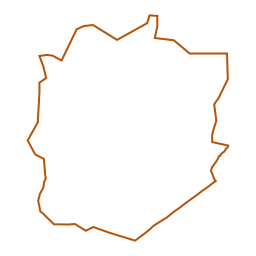 Gagarawa, Jigawa, Nigeria
{"feature_id": "59680162B30447030328077", "entity_name": "Gagarawa", "entity_type": "district", "adm_level": 2, "iso_a3": "NGA", "parent_name": "Nigeria", "parent_adm1": "Jigawa", "projection": "equal_earth", "projection_center": [9.565, 12.485], "detail": "fine", "context": "isolated", "style": "outline", "palette": "amber", "viewbox_px": 256, "rotation_deg": 0, "n_neighbors": 0, "source": "geoboundaries", "source_scale": "gbopen_adm2", "svg_char_len": 1457}
<svg xmlns="http://www.w3.org/2000/svg" viewBox="0 0 256 256"><path d="M39.4,56.0L43.2,66.0L46.2,78.0L39.4,82.7L39.5,91.3L37.8,122.3L27.7,140.4L35.2,154.5L43.9,158.8L45.1,174.2L45.8,178.4L44.1,182.1L43.4,187.4L39.9,194.0L38.2,200.7L40.4,211.5L42.0,212.6L54.0,224.3L68.4,224.5L74.9,224.0L85.7,230.7L93.6,227.0L97.2,228.4L108.4,232.4L116.3,234.9L120.7,236.2L135.1,240.6L141.6,235.8L148.9,230.1L153.8,225.6L160.1,221.6L166.6,217.6L170.7,214.3L172.6,212.8L175.0,210.9L179.8,207.7L182.5,205.5L185.9,203.0L190.7,199.4L194.9,196.4L197.9,194.3L203.1,190.1L204.6,189.3L206.4,187.9L208.0,186.8L209.6,185.6L211.1,184.4L212.5,183.4L215.3,181.3L215.7,181.1L214.2,179.0L214.1,178.1L213.5,177.1L212.9,175.6L212.3,173.8L211.8,172.9L211.4,172.0L211.0,171.2L211.1,170.3L211.5,168.9L212.0,167.3L213.1,166.0L214.0,164.6L215.0,163.0L216.0,162.0L216.6,160.9L217.5,159.4L218.2,158.2L218.8,156.4L219.4,155.9L220.3,155.7L220.8,154.2L221.4,153.6L222.4,152.9L223.2,152.2L224.1,151.8L224.7,150.8L225.5,149.7L225.9,148.8L226.6,148.4L227.3,147.6L227.9,146.6L228.3,145.6L212.2,142.1L212.1,136.2L212.7,132.2L216.3,120.8L215.6,115.1L214.2,104.5L215.6,102.2L218.5,98.2L227.8,79.2L227.0,53.5L189.6,53.5L173.9,40.3L154.8,38.0L157.3,26.4L157.3,19.7L157.4,15.9L156.3,15.9L155.6,15.8L154.2,15.7L152.7,15.6L151.7,15.5L150.6,15.4L149.5,15.4L147.1,23.2L117.0,39.9L93.0,25.0L84.0,26.0L76.7,29.2L61.6,60.5L58.0,58.6L52.8,55.7L47.0,54.9L39.4,56.0Z" fill="none" stroke="#b45309" stroke-width="2"/></svg>